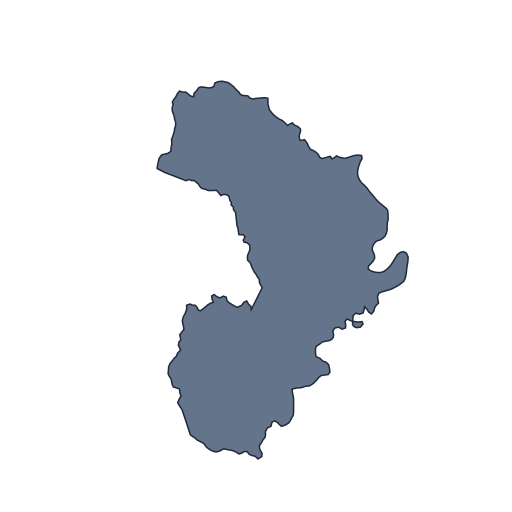 Porto União, Santa Catarina, Brazil, rotated 63°
{"feature_id": "56859067B45353158898051", "entity_name": "Porto União", "entity_type": "district", "adm_level": 2, "iso_a3": "BRA", "parent_name": "Brazil", "parent_adm1": "Santa Catarina", "projection": "mercator", "projection_center": [-51.004, -26.394], "detail": "fine", "context": "isolated", "style": "filled", "palette": "slate", "viewbox_px": 512, "rotation_deg": 63, "n_neighbors": 0, "source": "geoboundaries", "source_scale": "gbopen_adm2", "svg_char_len": 5154}
<svg xmlns="http://www.w3.org/2000/svg" viewBox="0 0 512 512"><g transform="rotate(63 256 256)"><path d="M74.3,249.3L75.7,252.4L77.8,255.2L79.4,258.5L81.1,260.8L83.3,261.1L85.5,263.1L88.2,264.6L91.2,265.1L93.7,265.3L96.7,266.3L100.3,266.9L103.3,268.4L105.3,270.5L107.4,271.8L109.0,273.4L111.3,275.6L113.8,278.3L116.6,279.5L118.8,280.8L121.5,282.9L124.1,284.4L124.5,287.9L123.8,290.9L123.0,294.1L124.9,297.8L127.3,300.0L129.2,301.5L131.3,303.2L133.2,304.4L140.0,299.5L157.2,284.1L157.4,280.8L159.7,279.1L160.5,276.9L163.0,275.9L165.5,274.7L168.2,274.5L171.1,273.7L173.2,271.3L176.3,268.3L178.1,264.6L179.6,261.4L182.6,260.6L186.1,260.0L186.5,256.6L188.3,254.2L190.8,253.0L194.4,254.0L197.1,253.7L199.3,255.0L201.9,254.0L204.5,255.0L208.2,254.5L220.7,259.3L222.9,259.4L225.7,260.4L229.2,261.6L231.3,257.7L234.1,257.1L236.1,260.2L238.4,260.3L240.1,257.9L243.5,256.7L247.3,258.4L249.6,260.7L251.4,263.0L253.3,264.3L256.0,265.4L258.9,264.3L261.2,264.3L263.8,264.8L266.9,264.8L269.8,264.8L272.8,264.2L275.5,264.2L278.5,263.7L281.3,265.1L287.1,264.9L301.6,284.6L298.4,283.4L295.7,284.5L291.8,284.7L291.8,287.9L293.5,291.3L293.1,296.2L289.7,298.6L286.9,300.3L284.7,301.6L282.0,302.0L279.2,301.2L276.9,303.4L277.0,307.1L274.4,309.4L271.4,310.7L271.5,313.6L274.4,314.8L278.0,315.0L277.4,317.7L277.6,320.9L278.3,323.8L278.9,326.7L279.6,330.2L277.9,332.1L275.3,331.7L272.3,332.5L270.9,335.0L268.8,336.6L268.4,340.2L271.9,341.9L274.9,345.0L276.7,347.7L278.6,349.8L281.2,351.5L284.8,352.3L288.6,353.5L290.3,357.1L291.5,359.7L294.5,360.5L296.8,361.2L297.6,363.7L300.3,365.7L305.5,365.8L306.9,369.9L309.2,372.4L309.8,374.9L311.1,377.5L312.7,381.3L315.0,384.1L317.8,385.8L320.9,387.7L324.0,387.9L326.5,387.5L328.9,388.0L332.2,389.0L335.2,389.1L337.5,386.7L339.6,384.6L343.4,386.0L346.6,386.3L348.5,389.2L351.1,392.4L354.5,392.2L356.7,392.0L359.0,391.6L373.0,393.7L385.5,395.7L387.6,394.6L390.5,393.0L393.6,391.8L396.3,389.7L399.4,387.6L401.8,387.3L404.0,386.9L406.2,385.8L408.7,384.3L411.1,382.3L412.6,380.2L413.2,377.5L413.3,374.9L413.1,372.3L415.3,369.7L417.4,366.9L419.2,364.7L421.7,362.8L424.7,361.0L425.2,358.2L424.9,355.5L426.2,352.7L429.2,352.2L431.7,350.5L434.0,347.7L437.7,346.4L437.3,341.9L434.7,340.2L432.2,340.3L429.5,340.3L426.6,339.2L424.9,336.1L423.0,333.3L421.7,330.3L419.7,328.7L416.8,327.4L414.3,323.7L414.6,320.0L411.3,317.2L411.5,314.1L413.7,312.7L416.4,311.8L419.3,310.7L420.0,306.5L419.6,302.7L418.5,300.6L417.0,298.3L414.7,295.0L411.8,293.2L409.1,291.8L405.8,290.1L403.7,289.1L401.3,287.8L398.8,286.8L396.3,286.1L394.1,285.5L391.1,284.4L391.9,280.1L393.2,277.1L394.1,274.5L394.5,271.1L396.0,267.3L395.6,262.7L394.2,258.5L392.8,255.4L392.1,252.4L393.0,249.5L394.4,245.5L393.0,242.8L389.9,241.7L385.8,240.6L382.4,241.8L379.9,244.2L376.3,245.4L372.8,248.2L369.8,247.1L366.5,245.6L363.8,243.4L363.5,240.1L362.7,235.8L363.8,231.8L364.7,229.0L364.7,226.5L363.6,224.1L361.4,222.6L359.2,222.2L357.1,220.8L356.0,218.1L357.0,214.7L360.3,212.5L360.7,208.9L358.0,207.3L354.6,206.3L353.5,203.3L356.2,201.4L358.0,199.5L353.3,196.5L352.2,193.0L354.8,190.3L355.4,186.4L352.8,184.0L350.6,182.2L354.0,181.3L357.3,181.0L360.1,179.4L358.6,176.0L356.3,174.2L354.6,171.4L353.6,168.2L350.9,167.4L347.5,166.3L345.0,163.7L345.1,160.2L345.9,156.5L346.9,150.8L347.0,147.2L346.9,144.1L346.7,141.2L346.2,138.5L345.7,136.0L343.8,133.3L340.6,130.7L338.5,129.2L335.5,127.3L333.3,125.7L329.6,123.0L325.9,120.9L321.6,120.7L319.1,122.6L318.3,125.7L318.9,129.4L320.2,131.5L321.5,133.6L323.0,136.0L324.6,138.7L325.8,141.1L326.6,143.4L327.5,146.4L327.8,149.7L327.1,153.0L325.6,155.6L323.8,158.1L321.0,160.7L318.5,161.8L316.0,160.4L315.0,157.3L313.8,154.1L311.9,151.3L309.3,150.2L306.3,149.8L303.4,149.7L301.2,148.5L299.5,146.5L297.9,143.9L297.4,141.1L298.1,138.3L297.7,134.6L296.8,131.9L294.9,129.4L292.0,127.1L289.2,125.8L286.1,124.0L283.2,121.5L278.3,119.2L275.1,118.0L272.8,118.3L270.2,119.4L267.2,120.7L264.9,121.7L261.8,122.8L258.6,123.6L255.8,124.2L252.7,125.0L249.7,125.7L246.0,126.2L242.0,127.4L239.0,128.6L236.8,129.0L234.5,129.2L231.9,129.0L229.1,128.3L226.0,126.6L223.9,124.9L221.7,122.8L219.2,120.1L217.4,117.3L214.4,116.3L212.3,119.4L211.0,122.8L210.5,126.2L209.9,129.8L209.2,132.8L207.5,134.9L205.8,137.0L203.3,138.8L203.9,141.3L203.9,144.3L200.9,144.6L200.3,147.3L199.8,150.2L199.3,152.6L197.2,154.4L193.7,154.4L190.9,155.4L187.9,157.1L185.6,159.1L182.3,159.4L178.4,159.2L174.4,159.9L173.1,164.2L170.3,163.8L167.6,162.3L165.7,160.2L163.5,158.8L161.4,159.2L159.3,160.2L156.9,162.3L153.8,163.2L153.8,166.0L154.0,168.6L150.8,169.7L147.3,171.0L144.7,173.0L142.4,174.4L138.5,176.1L135.1,177.1L131.6,177.6L128.6,177.0L126.0,176.3L123.6,175.1L120.8,173.8L118.9,176.3L116.8,181.4L115.5,184.6L114.8,187.4L112.6,189.6L109.6,190.6L107.1,194.6L105.1,196.5L102.1,196.9L98.2,198.3L94.8,199.1L92.1,200.4L89.2,201.8L87.1,204.1L85.0,206.6L83.6,210.1L83.1,214.0L85.7,216.5L85.7,219.7L84.6,222.1L82.6,224.9L80.5,227.9L80.0,230.5L81.6,233.7L83.0,237.4L85.8,239.3L83.7,241.7L80.5,243.0L78.0,244.2L76.9,246.6L74.3,249.3ZM358.0,199.5L360.9,201.1L363.3,200.8L365.5,199.0L366.8,195.4L365.2,191.5L362.6,191.3L361.1,195.3L358.0,199.5Z" fill="#64748b" stroke="#1e293b" stroke-width="1.5"/></g></svg>